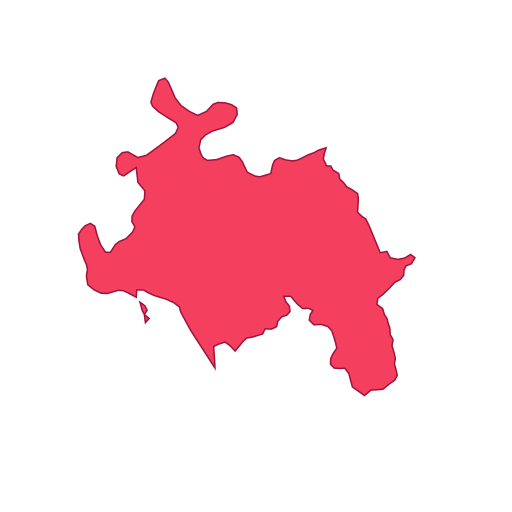 Campos Borges, Rio Grande do Sul, Brazil (Mercator projection), rotated 39°
{"feature_id": "56859067B64175981570614", "entity_name": "Campos Borges", "entity_type": "district", "adm_level": 2, "iso_a3": "BRA", "parent_name": "Brazil", "parent_adm1": "Rio Grande do Sul", "projection": "mercator", "projection_center": [-53.06, -28.908], "detail": "fine", "context": "isolated", "style": "filled", "palette": "rose", "viewbox_px": 512, "rotation_deg": 39, "n_neighbors": 0, "source": "geoboundaries", "source_scale": "gbopen_adm2", "svg_char_len": 2809}
<svg xmlns="http://www.w3.org/2000/svg" viewBox="0 0 512 512"><g transform="rotate(39 256 256)"><path d="M242.4,127.8L238.1,134.2L236.0,139.3L232.9,144.5L229.9,151.2L227.8,155.5L224.8,158.9L219.1,162.4L212.3,164.9L210.3,170.1L211.6,174.8L215.6,182.8L209.1,192.1L204.9,194.5L196.5,196.4L186.1,191.4L180.7,189.9L174.6,191.6L169.9,197.5L164.8,205.8L158.1,212.3L153.4,213.0L149.2,211.5L143.6,207.8L139.9,200.5L140.6,193.4L143.6,186.3L150.7,175.6L154.1,166.7L152.3,157.8L147.9,153.2L142.1,153.7L136.3,156.0L129.7,160.7L127.2,165.1L126.5,174.8L122.1,183.5L113.6,185.5L103.1,186.3L93.7,184.0L84.6,179.2L78.6,176.1L73.3,175.1L70.0,180.9L71.7,187.0L74.2,194.7L77.5,202.6L81.3,204.7L89.4,205.2L101.5,203.9L110.0,202.8L114.6,204.9L116.3,211.4L112.9,226.0L110.0,237.2L107.4,246.8L102.1,253.9L90.9,255.7L87.0,259.8L86.2,267.1L90.9,274.3L98.0,278.3L102.7,277.1L107.2,262.6L117.9,273.1L128.7,275.3L133.5,282.2L133.6,297.4L134.5,302.8L137.9,307.4L143.6,309.6L145.0,315.0L144.1,324.4L140.6,330.8L139.5,335.6L140.5,344.8L136.6,347.8L128.1,345.0L120.0,340.2L111.9,334.3L106.7,334.9L104.2,340.0L103.8,344.8L104.2,350.6L108.7,355.5L114.6,360.8L124.1,366.5L129.8,369.5L133.4,372.5L136.9,378.4L143.3,384.2L151.5,384.2L159.0,382.4L164.1,378.7L170.4,369.5L174.6,366.5L179.5,365.2L188.9,363.4L184.7,357.5L190.0,353.2L195.1,352.5L201.9,350.7L207.1,348.6L213.6,346.0L221.6,344.0L228.6,343.8L232.1,346.5L237.4,348.9L252.2,355.0L294.6,368.9L289.5,363.1L284.5,357.8L280.1,353.0L282.2,348.4L286.0,342.5L291.8,342.0L299.6,343.0L299.7,336.4L299.6,331.3L300.4,325.7L304.2,321.3L307.4,316.6L310.2,312.4L308.9,306.9L314.1,303.0L316.5,297.9L314.1,293.2L314.2,287.3L317.2,282.5L317.4,277.8L313.6,274.0L308.2,272.8L302.9,269.8L308.5,265.4L314.1,266.6L319.2,267.4L325.6,267.4L329.7,263.6L334.4,262.5L335.0,267.4L337.7,272.3L344.3,273.0L349.9,268.0L356.3,265.6L361.9,266.4L366.8,269.5L372.1,273.1L376.8,276.8L377.3,283.3L378.6,288.5L381.9,293.2L387.3,293.9L391.7,290.8L395.7,287.3L402.4,289.1L407.2,292.7L413.3,297.1L428.1,296.2L429.8,287.8L434.3,283.7L438.5,279.6L440.1,271.8L442.0,265.1L440.9,259.8L436.3,256.2L431.4,252.7L428.8,247.9L423.4,243.7L418.1,240.1L415.3,234.9L409.6,232.5L405.5,227.8L400.9,225.0L397.3,222.2L392.7,220.8L387.6,217.2L380.4,217.5L377.3,212.3L378.8,206.1L379.9,196.9L380.4,189.1L382.9,183.6L383.0,178.2L379.9,173.8L378.8,169.2L381.7,164.1L380.6,157.3L375.2,157.5L372.8,164.1L368.4,169.3L361.5,172.9L354.8,170.1L350.5,175.3L324.1,160.9L317.9,158.1L313.6,158.6L307.4,158.1L302.5,151.2L298.9,146.4L295.6,143.6L289.6,144.0L282.8,145.1L277.5,143.8L272.8,143.6L268.4,139.8L261.7,140.8L257.6,139.0L254.1,141.5L247.4,138.3L244.8,133.7L242.4,127.8ZM206.0,371.7L205.6,366.7L200.9,364.6L194.9,364.9L201.8,369.9L206.0,371.7ZM206.0,371.7L212.0,377.4L212.3,371.8L206.0,371.7Z" fill="#f43f5e" stroke="#9f1239" stroke-width="1.5"/></g></svg>